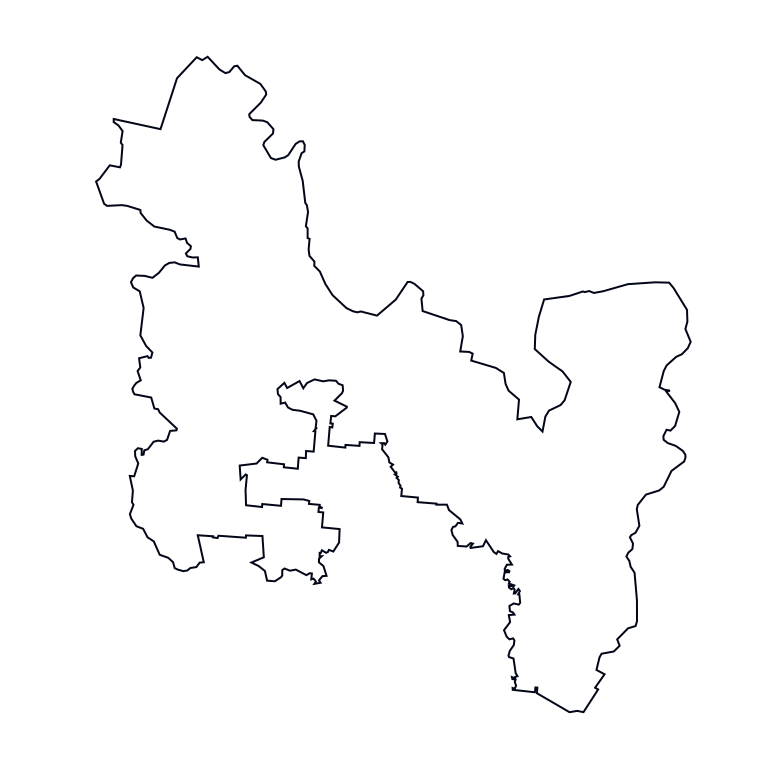 Coxquihui, Veracruz, Mexico, rotated 96°
{"feature_id": "50627088B19179472142749", "entity_name": "Coxquihui", "entity_type": "district", "adm_level": 2, "iso_a3": "MEX", "parent_name": "Mexico", "parent_adm1": "Veracruz", "projection": "natural_earth1", "projection_center": [-97.543, 20.215], "detail": "fine", "context": "isolated", "style": "outline", "palette": "ink", "viewbox_px": 768, "rotation_deg": 96, "n_neighbors": 0, "source": "geoboundaries", "source_scale": "gbopen_adm2", "svg_char_len": 6133}
<svg xmlns="http://www.w3.org/2000/svg" viewBox="0 0 768 768"><g transform="rotate(96 384 384)"><path d="M151.8,680.2L154.6,675.1L159.8,670.4L171.5,671.0L173.7,669.0L193.3,668.5L196.1,669.2L195.2,679.6L209.8,688.4L212.7,691.5L234.0,681.2L235.8,678.0L233.5,663.4L233.7,657.9L236.4,644.5L239.4,643.9L246.3,637.1L251.4,628.9L253.0,613.2L254.4,608.1L260.4,604.9L261.6,602.1L260.0,596.6L264.3,594.6L267.1,590.5L269.8,590.6L274.9,594.7L277.5,593.0L278.2,587.8L277.5,582.4L286.6,580.5L286.4,599.6L284.9,604.8L286.0,610.1L289.0,614.3L297.0,619.5L302.6,625.4L301.5,633.1L302.0,641.8L304.9,644.6L309.2,646.3L314.2,643.5L317.4,636.6L333.5,631.0L361.1,631.4L371.1,624.5L376.9,617.6L382.2,618.5L382.6,620.8L381.0,622.1L384.0,630.3L393.0,628.1L396.9,630.4L405.8,626.3L408.8,630.4L411.8,632.3L415.1,633.8L418.1,632.6L420.3,631.1L421.8,614.1L432.4,609.8L432.7,606.0L435.8,604.1L450.1,585.3L451.8,585.6L453.0,591.8L462.2,593.9L464.3,596.9L463.9,602.7L465.5,607.1L473.5,612.0L475.0,615.4L479.4,615.8L479.8,617.6L473.9,618.1L473.6,622.0L476.5,624.6L481.8,623.9L488.7,620.1L501.9,622.8L502.0,627.2L516.2,622.6L528.0,622.3L530.3,620.5L540.0,623.1L544.2,621.3L551.3,615.4L553.2,608.4L561.2,603.1L564.6,596.5L577.3,589.2L579.4,580.4L583.2,575.2L589.0,572.9L590.2,569.4L591.1,564.0L590.1,560.3L587.2,557.2L585.7,551.5L580.9,548.6L580.1,544.6L553.9,553.4L553.3,538.1L554.4,538.3L554.6,533.4L552.2,532.8L551.3,505.3L549.0,505.4L547.9,489.0L568.9,485.4L575.4,497.2L578.2,489.5L582.4,482.9L591.8,479.7L591.6,471.9L586.9,466.2L585.2,465.2L579.7,465.7L577.9,463.7L579.5,458.0L577.8,452.3L582.2,441.2L579.9,438.0L580.0,435.9L585.9,435.9L584.9,433.8L586.5,432.0L587.8,431.1L590.0,432.3L588.3,426.3L586.0,428.1L581.5,425.1L580.8,421.1L571.4,425.2L568.2,430.0L564.7,430.4L561.8,428.0L562.2,430.0L558.7,430.3L558.8,429.3L555.9,428.4L557.9,424.0L557.0,422.3L554.7,421.4L555.9,416.9L546.4,412.1L532.9,413.0L533.1,430.7L518.1,431.0L518.1,435.8L513.8,435.9L513.9,432.2L512.3,435.3L510.9,435.3L511.1,446.1L508.1,446.1L507.2,451.9L509.1,473.9L515.9,473.7L516.1,492.5L519.1,492.4L519.0,508.5L504.1,510.6L489.0,510.8L488.4,512.1L493.9,516.6L480.2,519.0L476.4,502.4L470.1,497.4L471.5,492.0L474.1,492.0L474.3,475.0L477.3,474.9L477.3,460.9L466.1,461.2L465.9,454.0L458.8,454.5L458.6,446.9L438.1,447.3L438.2,448.8L435.2,447.0L434.9,445.8L434.8,447.4L427.7,447.3L421.6,451.2L419.4,464.5L419.2,472.4L417.4,477.0L412.8,480.4L414.4,484.7L407.8,485.5L405.1,488.4L400.2,489.4L393.3,483.2L398.1,479.9L389.9,468.3L396.7,463.8L391.1,460.7L386.7,453.6L387.7,444.8L386.1,439.0L385.8,432.1L388.5,429.3L389.6,425.0L394.9,424.0L397.5,424.8L405.7,431.5L410.4,418.6L411.4,418.6L421.2,429.0L421.3,433.2L428.8,433.2L428.8,430.8L429.9,430.8L432.6,430.9L432.4,433.5L451.2,433.1L451.3,415.8L448.6,415.9L448.1,401.9L444.4,402.1L443.7,387.7L434.2,387.9L433.6,377.8L440.8,374.6L444.2,376.4L442.8,377.7L443.2,380.7L444.3,379.1L449.1,379.1L456.4,372.0L461.4,370.5L463.2,366.6L465.6,368.7L471.0,363.6L470.6,362.6L471.9,362.2L472.8,363.7L474.8,360.5L476.1,361.6L478.0,359.2L480.8,359.2L483.5,356.9L485.3,357.2L486.2,355.2L493.6,355.1L493.4,338.4L498.0,338.2L497.5,319.3L498.5,319.3L497.4,308.8L502.6,306.2L510.7,293.9L514.6,291.5L514.3,295.9L518.1,298.1L518.9,300.4L522.2,301.7L527.0,299.9L533.3,294.3L537.3,293.7L537.0,284.9L533.1,281.2L533.5,278.9L536.6,281.0L538.0,280.7L535.0,268.6L528.7,266.3L539.7,257.2L541.2,254.4L538.3,253.1L540.2,248.7L540.6,242.5L542.2,240.6L543.1,242.4L544.9,242.1L550.2,237.9L550.9,242.9L555.3,244.7L557.2,244.2L556.0,241.7L556.9,239.8L558.1,239.9L558.7,244.3L565.3,244.8L566.5,242.8L565.5,240.7L567.5,238.4L569.4,238.9L570.7,233.4L571.7,234.0L571.6,238.8L573.4,238.4L574.8,236.0L573.5,233.9L574.9,232.5L578.8,233.0L578.6,231.7L573.8,228.9L575.7,227.2L579.2,228.6L579.2,227.4L587.3,225.7L589.3,226.9L588.7,232.1L591.7,236.1L596.7,235.0L597.8,231.8L599.7,230.2L600.8,235.7L607.6,233.7L616.3,238.9L622.6,235.5L624.8,232.6L623.5,229.0L625.4,227.5L630.0,227.6L636.3,231.0L641.1,231.8L642.5,231.1L643.5,226.5L657.9,222.8L660.6,220.7L661.8,223.2L663.3,222.7L662.2,226.1L664.0,225.5L664.3,222.3L666.7,222.8L670.1,221.1L673.4,222.1L672.9,224.3L674.7,224.0L674.8,201.7L670.0,201.7L669.9,199.8L675.6,199.5L691.0,165.2L688.9,157.7L689.5,151.3L665.4,139.1L664.0,142.3L649.6,134.3L646.2,142.8L633.3,141.1L629.5,139.4L626.0,127.5L619.7,122.3L613.6,125.4L601.5,115.8L598.4,108.5L593.5,107.6L572.8,109.8L545.5,115.1L540.0,119.6L534.4,121.5L530.2,124.9L526.2,123.4L522.2,119.7L516.6,119.7L510.8,123.4L508.6,122.4L505.6,118.3L498.3,115.2L482.1,119.5L477.8,119.0L466.6,111.9L461.1,99.2L457.0,95.1L440.4,89.0L429.7,77.4L425.9,76.5L422.8,76.9L419.3,79.8L415.1,87.3L413.0,95.8L410.2,100.1L406.6,100.7L400.0,98.2L400.4,94.2L395.3,90.1L380.9,87.4L372.6,92.4L362.1,102.4L360.7,98.9L360.4,104.3L358.4,109.7L341.7,107.1L335.9,104.8L326.4,96.2L323.3,90.9L316.6,85.6L310.0,83.4L297.8,90.0L290.2,88.8L278.6,90.4L258.2,106.1L253.4,111.0L254.5,124.8L259.2,151.8L268.9,175.9L271.5,184.8L270.1,189.7L271.6,193.9L271.2,195.9L277.0,208.7L283.2,233.6L300.9,237.0L319.3,238.7L333.5,237.7L344.6,222.5L352.8,207.8L362.4,198.5L381.4,202.7L386.5,206.2L393.2,217.1L399.5,220.1L414.7,221.4L409.9,227.3L401.4,234.1L405.2,247.7L385.4,248.1L377.6,259.4L371.2,263.1L360.5,265.9L356.3,274.5L351.6,299.7L344.5,299.0L343.2,302.7L343.7,311.6L328.2,310.6L317.3,313.4L313.9,318.8L313.6,325.5L307.4,353.2L295.2,355.7L291.6,354.1L287.7,354.8L281.2,364.2L279.7,368.4L280.1,371.2L298.8,381.1L316.7,398.1L314.3,414.6L315.5,418.1L314.9,422.5L312.4,429.3L301.0,444.5L290.6,452.8L278.9,459.5L273.8,465.7L269.5,466.0L264.4,471.5L258.2,473.0L247.4,473.2L246.9,475.2L237.3,476.2L235.2,478.2L221.0,477.5L214.2,479.4L212.2,481.2L190.4,486.1L176.7,491.4L171.8,492.1L163.1,490.1L161.0,487.5L154.6,487.8L151.1,490.0L151.5,493.3L154.5,497.0L166.3,503.1L169.0,506.3L172.3,515.3L171.1,520.1L159.1,529.0L155.8,528.3L146.5,520.6L142.1,520.6L135.8,527.5L134.7,532.2L135.3,542.5L132.3,545.7L129.7,546.2L117.0,535.9L108.4,531.4L105.5,532.1L98.5,538.3L91.4,554.5L82.8,563.1L83.7,566.2L89.9,570.4L91.4,574.2L88.4,580.5L77.0,593.6L80.9,598.6L78.6,604.4L101.5,621.8L153.9,632.9L148.7,680.5L151.8,680.2Z" fill="none" stroke="#020617" stroke-width="2"/></g></svg>